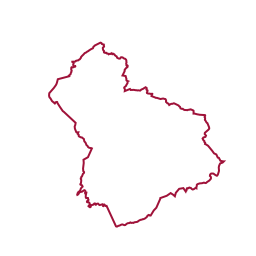 outline of Gbeke, Vallée du Bandama, Ivory Coast, rotated 244°
{"feature_id": "98640826B94469137469464", "entity_name": "Gbeke", "entity_type": "district", "adm_level": 2, "iso_a3": "CIV", "parent_name": "Ivory Coast", "parent_adm1": "Vallée du Bandama", "projection": "natural_earth1", "projection_center": [-5.149, 7.692], "detail": "fine", "context": "isolated", "style": "outline", "palette": "rose", "viewbox_px": 256, "rotation_deg": 244, "n_neighbors": 0, "source": "geoboundaries", "source_scale": "gbopen_adm2", "svg_char_len": 5767}
<svg xmlns="http://www.w3.org/2000/svg" viewBox="0 0 256 256"><g transform="rotate(244 128 128)"><path d="M193.5,154.3L194.3,153.5L194.6,152.5L194.1,151.7L193.9,151.2L194.1,150.7L194.4,150.2L195.6,149.2L196.1,149.0L197.2,149.2L198.3,148.5L199.4,148.0L199.9,148.1L201.2,147.4L201.3,147.2L201.2,146.6L201.2,146.3L202.3,146.1L202.1,145.2L202.2,144.8L202.6,144.6L202.7,142.9L203.4,142.8L204.3,141.6L205.0,141.6L205.2,140.9L205.7,140.6L206.0,139.8L206.2,139.7L206.6,139.6L207.9,140.2L208.5,139.9L209.2,139.9L210.7,140.3L211.3,140.7L211.4,141.5L211.7,142.2L212.7,142.5L213.5,142.4L213.7,142.7L214.9,141.4L215.4,141.3L215.9,141.4L216.6,140.9L216.8,140.6L216.7,134.2L216.4,133.7L216.2,132.6L215.1,131.5L215.0,131.2L215.1,129.8L214.8,127.0L214.5,126.0L214.6,125.2L214.2,123.1L214.3,122.0L214.1,121.4L213.8,120.8L213.3,119.4L213.0,118.4L212.3,116.8L211.7,116.4L211.3,115.5L210.9,114.9L210.9,114.0L210.6,112.9L210.9,112.2L211.2,110.6L210.9,110.1L210.9,109.5L212.0,107.0L211.8,106.9L211.3,107.3L210.2,107.6L209.8,107.4L209.6,107.3L209.3,106.7L208.5,106.3L207.1,106.6L206.8,107.7L206.4,107.6L206.3,107.4L206.6,106.3L206.5,105.6L206.8,105.1L206.8,104.6L207.3,104.1L207.2,103.6L205.7,102.7L205.3,102.6L204.5,102.6L204.2,102.5L203.8,101.9L203.5,101.9L202.9,101.4L202.3,100.5L201.5,99.9L201.0,97.8L200.3,97.8L202.6,86.3L199.9,84.0L198.9,83.0L198.1,81.9L196.5,78.9L193.8,72.5L192.0,71.4L190.8,71.0L189.9,70.9L188.6,71.3L185.6,71.5L182.1,73.0L182.3,73.4L182.7,73.6L182.9,74.0L182.6,75.5L182.4,75.7L181.8,75.5L177.2,76.0L171.8,76.8L170.7,77.4L155.6,83.2L153.8,81.9L152.7,80.7L150.7,80.0L147.0,79.7L146.6,79.9L145.9,81.5L145.7,81.3L145.4,80.6L144.8,80.2L144.2,80.5L143.5,80.7L142.6,80.2L141.9,80.3L140.3,81.5L140.1,81.8L139.8,82.4L139.2,82.6L137.5,83.5L135.1,82.9L133.5,83.4L130.8,83.2L129.5,83.8L128.3,83.8L127.3,84.4L126.5,85.4L126.0,86.2L125.5,86.6L119.3,79.2L119.0,74.1L116.0,72.9L111.2,69.8L108.8,68.9L107.7,69.2L107.1,68.9L106.7,68.2L106.5,67.3L104.9,65.7L104.6,64.8L104.4,64.5L103.7,64.2L103.5,63.5L103.0,63.2L101.9,63.2L101.2,62.9L99.0,61.5L98.4,60.5L97.8,60.5L96.8,61.5L95.6,61.6L95.2,61.5L95.1,60.9L94.3,59.1L93.2,58.1L92.2,56.5L92.4,55.6L91.8,54.9L91.7,54.4L90.3,53.1L90.1,53.1L90.2,54.2L91.0,55.4L91.4,56.3L91.3,57.7L90.9,58.6L91.3,61.4L91.0,61.8L90.6,61.9L89.6,62.1L89.2,61.9L88.6,61.0L87.9,60.8L87.6,61.2L87.6,61.8L85.9,60.5L84.4,59.7L83.3,59.7L83.0,60.7L82.6,61.3L81.6,61.0L81.0,61.1L80.5,60.8L80.3,59.4L79.8,58.8L79.4,58.7L79.1,58.9L78.6,60.0L77.8,60.5L76.8,60.2L75.8,60.5L75.4,58.6L75.0,58.2L73.5,59.0L73.4,59.2L73.4,59.7L74.3,60.6L74.5,61.0L74.6,62.2L74.3,62.8L74.9,64.7L74.5,65.4L74.3,65.5L73.5,65.1L73.1,65.4L73.1,65.7L73.5,66.4L73.5,67.0L73.2,67.9L72.8,68.1L71.8,68.3L71.2,68.7L71.0,69.6L70.8,70.1L70.7,71.6L70.5,71.9L70.0,72.0L68.8,71.4L68.6,71.6L68.7,71.8L69.4,72.6L69.5,73.2L69.0,73.4L67.9,73.5L67.6,73.8L67.4,74.6L44.9,74.1L44.5,74.4L44.2,75.1L44.3,76.4L44.0,77.7L44.1,79.0L43.9,80.5L43.3,81.2L42.3,82.1L42.0,83.0L42.5,85.0L42.5,86.2L42.0,87.4L42.1,87.9L42.1,88.7L41.4,89.1L41.2,89.4L41.1,90.1L40.3,91.3L40.3,91.6L40.5,92.2L39.6,95.1L39.6,95.9L39.9,96.6L40.0,98.9L39.6,100.2L39.6,101.2L39.3,101.9L39.2,103.3L39.6,105.3L40.1,106.6L40.6,107.0L40.8,108.5L40.6,108.8L39.9,109.1L39.4,110.0L42.6,115.0L43.9,118.5L50.0,125.7L50.9,126.4L50.8,126.8L50.1,133.1L50.8,137.8L48.1,139.4L46.1,140.2L48.8,142.6L50.9,147.3L49.7,151.4L45.6,152.0L45.8,152.2L46.1,153.1L47.9,154.4L48.0,154.8L47.6,155.1L47.4,155.6L47.6,156.4L47.6,157.0L47.4,157.3L47.0,157.5L46.6,158.2L45.4,158.5L44.6,159.0L44.3,159.3L44.2,160.7L44.5,162.2L44.5,162.6L44.2,162.9L43.9,163.1L45.1,163.7L45.7,164.4L46.7,164.9L47.0,165.5L47.0,166.4L46.8,168.1L45.9,170.4L45.6,172.3L44.6,173.4L44.4,174.2L44.8,175.5L45.1,178.0L46.0,180.1L46.7,180.7L47.8,181.0L48.2,181.0L49.0,180.6L49.9,181.2L50.2,181.5L50.6,182.6L50.5,183.0L49.8,184.5L49.4,184.9L48.0,185.6L46.3,186.7L46.1,187.1L46.3,187.6L46.8,188.4L49.0,190.5L49.8,191.1L52.8,192.3L54.0,193.2L55.4,194.8L55.8,195.6L55.5,197.1L55.5,198.1L56.0,199.5L56.3,198.9L57.9,196.8L58.2,196.7L61.3,196.6L62.1,195.7L65.5,195.8L67.5,194.2L70.5,193.7L76.9,192.2L78.9,191.0L79.9,190.2L80.7,190.8L81.0,190.9L82.0,190.5L82.9,190.9L84.0,190.4L85.8,190.4L86.4,191.6L86.1,193.7L87.0,194.8L89.0,194.3L90.0,195.0L91.2,199.5L91.8,200.7L93.1,201.2L97.6,201.5L97.9,201.2L99.3,200.9L101.1,200.9L101.3,200.7L101.7,200.7L103.1,201.7L103.6,201.7L104.2,201.6L104.6,201.9L105.1,202.7L105.6,202.9L105.9,202.8L108.5,198.2L109.2,197.3L109.9,196.3L111.7,194.2L112.2,193.2L113.9,194.1L114.8,194.5L115.1,194.4L117.0,192.8L117.1,192.5L117.3,192.4L117.5,192.1L117.5,191.3L118.0,189.9L118.0,189.1L118.7,188.1L119.2,187.0L120.1,186.1L121.3,185.6L121.6,184.8L122.6,183.8L124.3,184.0L125.0,183.5L126.1,183.3L129.9,180.3L130.2,179.8L130.2,178.7L130.7,177.6L130.8,176.7L130.6,175.1L132.2,175.0L133.0,174.2L134.5,173.8L134.8,173.6L136.3,174.4L137.6,174.3L138.1,173.6L139.1,172.5L139.8,169.9L142.4,167.2L143.0,166.1L143.5,165.8L146.4,163.1L147.0,163.6L147.6,164.5L148.1,164.8L148.3,164.6L148.2,164.1L148.3,163.8L149.3,162.7L150.2,161.1L151.1,160.4L151.8,160.6L152.5,161.6L153.1,162.0L153.4,162.0L153.8,161.6L154.5,161.4L155.6,162.3L156.9,161.7L156.8,160.0L156.6,159.1L156.7,156.8L156.3,155.3L157.3,153.9L157.7,152.8L158.1,152.4L158.7,151.3L159.7,150.0L161.0,147.1L162.2,146.9L162.6,141.3L163.8,142.1L164.8,142.2L165.4,142.1L166.1,142.4L166.8,144.9L167.2,145.1L168.6,147.3L170.2,148.1L170.2,148.4L171.1,147.6L171.7,147.5L173.1,148.2L174.4,148.3L175.6,148.7L175.8,148.6L177.6,146.1L180.4,149.7L180.8,150.1L181.5,150.3L181.9,150.7L182.7,152.6L183.0,154.2L183.4,154.6L184.2,155.0L184.4,154.9L184.6,154.1L184.9,154.0L185.1,154.1L185.4,154.5L186.0,154.4L186.9,154.7L187.7,155.5L188.3,155.6L189.4,156.1L190.2,156.2L191.4,155.8L192.1,155.0L193.1,154.4L193.5,154.3Z" fill="none" stroke="#9f1239" stroke-width="2"/></g></svg>